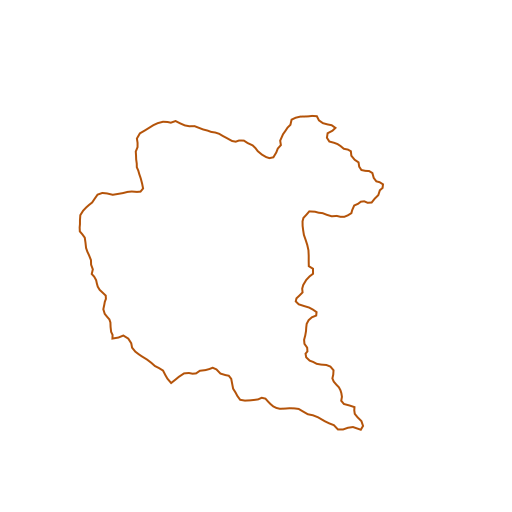 Padre Paraíso, Minas Gerais, Brazil, rotated 298°
{"feature_id": "56859067B96188425164132", "entity_name": "Padre Paraíso", "entity_type": "district", "adm_level": 2, "iso_a3": "BRA", "parent_name": "Brazil", "parent_adm1": "Minas Gerais", "projection": "natural_earth1", "projection_center": [-41.547, -17.06], "detail": "fine", "context": "isolated", "style": "outline", "palette": "amber", "viewbox_px": 512, "rotation_deg": 298, "n_neighbors": 0, "source": "geoboundaries", "source_scale": "gbopen_adm2", "svg_char_len": 3602}
<svg xmlns="http://www.w3.org/2000/svg" viewBox="0 0 512 512"><g transform="rotate(298 256 256)"><path d="M115.7,168.0L119.4,172.8L123.5,176.2L123.1,182.0L120.4,186.8L116.9,189.6L114.9,194.3L114.2,198.5L113.8,202.1L113.4,208.5L112.5,213.9L111.4,218.4L111.5,222.9L111.2,227.7L108.2,232.0L106.1,235.4L104.0,240.7L109.0,242.9L113.1,244.6L118.6,247.6L121.2,251.7L122.3,255.3L124.2,258.2L128.3,260.3L131.5,264.9L134.3,267.9L137.0,270.2L137.3,274.3L135.5,279.8L136.5,284.9L137.5,288.2L135.9,291.8L131.8,295.1L128.1,298.1L125.8,302.1L123.7,305.2L121.6,309.5L123.1,314.1L125.8,318.6L128.3,322.3L130.4,325.2L133.5,327.6L134.5,331.3L133.2,334.8L132.1,338.2L131.3,341.8L131.4,345.3L132.3,348.8L134.8,353.1L137.4,357.2L139.5,361.5L141.0,365.5L140.8,369.9L140.6,376.0L142.1,381.1L142.7,386.5L142.4,394.2L142.6,399.2L143.2,404.2L141.3,409.8L143.7,414.3L147.5,417.8L150.5,421.9L151.1,425.7L151.8,430.1L156.2,430.3L159.7,426.6L161.3,421.3L163.0,417.3L165.9,415.2L168.8,413.9L167.9,408.7L166.6,403.1L168.2,399.2L172.0,398.0L174.9,395.8L177.1,393.6L179.0,390.8L180.1,387.4L181.6,383.6L183.8,380.9L187.5,379.9L191.5,378.1L193.3,373.6L192.8,369.3L190.7,364.5L189.3,360.2L189.3,356.2L188.8,352.5L190.1,347.9L193.0,345.6L195.9,346.2L199.1,344.2L201.2,340.0L204.6,337.8L208.9,336.8L213.2,335.4L216.5,333.9L219.9,332.6L224.1,332.6L228.1,334.1L231.7,337.1L234.9,335.8L235.4,331.3L235.4,327.0L234.4,322.0L233.4,316.4L234.6,312.4L237.6,311.6L241.1,312.8L245.7,314.2L248.9,312.1L252.6,311.3L258.5,311.6L263.2,312.9L267.1,314.7L271.5,312.3L271.8,307.4L276.1,305.0L281.0,302.4L285.7,299.6L289.8,296.1L293.4,292.4L297.1,288.4L300.8,285.6L304.5,283.0L308.5,280.8L311.9,280.0L316.0,281.1L320.4,282.1L322.8,287.3L323.6,290.9L325.1,294.7L325.6,299.1L326.6,304.2L329.3,308.5L330.3,312.3L332.1,315.6L335.0,318.0L338.6,320.1L341.6,319.4L346.7,319.0L350.0,321.6L353.2,323.1L355.1,325.9L355.4,329.6L357.5,333.0L362.4,333.9L367.2,335.4L372.2,334.5L375.5,335.8L378.9,334.5L379.2,330.5L378.4,327.2L380.2,323.3L383.9,319.8L384.1,316.0L382.5,312.5L381.4,308.7L383.3,305.2L386.8,302.6L387.3,297.9L389.3,293.1L393.0,290.6L393.1,287.2L391.9,283.2L392.8,278.9L393.1,275.4L392.6,271.7L391.5,267.0L393.7,263.1L398.0,261.6L402.5,264.7L406.4,266.0L407.0,261.4L405.8,257.5L404.7,252.7L405.3,247.9L408.0,244.1L406.1,239.9L403.7,236.4L401.9,233.3L399.9,229.7L396.7,226.1L393.1,223.4L388.0,224.8L384.2,223.6L380.1,223.2L376.3,222.7L373.3,222.9L369.2,223.2L365.6,225.9L361.1,224.8L356.9,225.3L351.3,225.0L348.7,221.9L348.1,218.5L348.3,213.6L349.4,208.3L351.0,204.9L352.1,201.1L351.8,195.6L352.2,191.1L350.0,186.8L347.4,184.4L346.3,180.9L346.4,174.9L346.4,170.4L346.6,166.1L345.9,162.1L344.5,158.1L344.0,154.4L342.9,149.9L341.8,140.8L339.3,136.3L337.9,131.9L337.5,126.8L337.4,121.6L333.7,118.2L332.8,115.0L330.9,110.9L327.2,106.9L323.4,104.0L319.6,101.8L314.6,98.9L309.8,95.9L303.8,95.7L300.3,98.3L296.5,100.3L291.8,100.8L288.4,102.9L285.1,104.8L281.5,107.4L278.4,109.1L276.2,111.9L273.5,114.5L270.4,117.8L266.4,121.5L262.6,124.6L258.6,123.8L256.7,120.8L254.6,116.0L252.3,112.5L249.1,109.0L246.1,105.1L242.8,100.8L241.3,95.1L239.5,90.7L235.8,87.3L231.1,86.7L226.3,86.2L222.7,84.6L219.2,83.3L214.9,82.1L209.6,81.7L204.9,83.8L201.5,85.6L198.4,86.9L195.0,88.9L193.6,92.5L191.8,96.2L187.7,99.2L183.3,102.2L180.7,105.0L178.3,108.2L174.9,112.2L170.9,114.5L167.6,118.2L163.0,119.4L161.8,122.8L159.6,126.2L157.0,128.4L154.6,130.7L152.7,133.9L151.7,137.6L150.5,141.9L147.7,143.6L144.6,144.0L141.8,144.9L137.3,146.2L133.9,149.6L132.4,153.1L131.2,156.3L128.9,158.7L125.1,160.9L121.0,163.7L119.0,166.4L115.7,168.0Z" fill="none" stroke="#b45309" stroke-width="2"/></g></svg>